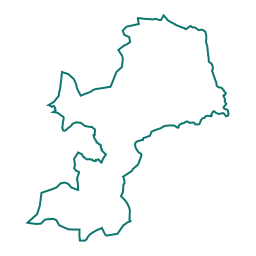 the district of Kafur, Katsina, Nigeria
{"feature_id": "59680162B10083289652159", "entity_name": "Kafur", "entity_type": "district", "adm_level": 2, "iso_a3": "NGA", "parent_name": "Nigeria", "parent_adm1": "Katsina", "projection": "orthographic", "projection_center": [7.693, 11.624], "detail": "fine", "context": "isolated", "style": "outline", "palette": "teal", "viewbox_px": 256, "rotation_deg": 0, "n_neighbors": 0, "source": "geoboundaries", "source_scale": "gbopen_adm2", "svg_char_len": 4409}
<svg xmlns="http://www.w3.org/2000/svg" viewBox="0 0 256 256"><path d="M130.5,221.2L129.5,220.0L129.5,219.4L129.9,210.4L129.7,209.5L129.0,207.2L127.8,204.5L126.8,202.8L126.3,202.1L124.6,199.8L121.0,196.2L123.0,191.9L123.3,185.0L124.6,183.0L124.3,181.1L124.4,180.1L124.1,179.5L123.7,178.3L123.1,176.7L131.8,171.0L132.9,169.0L138.1,164.5L140.8,157.5L140.8,157.3L141.5,154.8L140.7,153.5L139.0,152.7L138.0,151.5L137.2,150.3L136.0,148.4L135.3,146.6L135.1,144.0L135.1,143.5L136.0,142.2L137.8,141.1L139.9,140.7L141.3,140.0L142.9,140.0L143.2,138.2L146.1,137.2L150.0,135.7L151.5,131.7L154.3,130.4L160.3,128.4L164.4,126.0L170.3,125.3L172.4,125.6L173.8,125.4L175.2,126.1L176.1,126.7L176.9,127.5L178.4,127.6L178.7,126.9L178.6,126.0L179.1,125.1L180.7,124.1L182.5,123.2L183.8,123.1L185.2,122.2L186.4,121.6L186.9,121.4L187.9,121.7L189.6,122.9L193.4,122.5L194.5,123.1L194.8,124.0L195.2,124.2L195.4,124.4L196.9,124.4L198.8,124.3L199.5,123.9L200.0,122.7L200.5,121.5L200.8,120.6L201.3,119.6L202.7,118.3L204.5,117.8L204.9,117.4L205.5,116.5L206.5,115.9L207.4,115.8L208.7,115.9L209.9,116.1L211.3,116.2L211.7,115.7L211.2,115.0L211.3,114.3L211.9,113.6L212.2,113.0L212.7,112.2L213.1,111.6L213.6,111.2L213.9,111.3L214.5,111.5L214.9,112.0L215.7,112.6L217.4,113.5L218.7,113.9L220.4,113.7L222.3,113.2L223.5,113.2L224.2,114.0L225.3,115.2L226.0,116.2L227.9,115.8L228.5,114.1L227.8,110.1L224.0,108.5L223.5,107.2L225.9,104.5L226.3,103.8L225.8,103.3L224.7,101.6L225.1,99.6L224.3,97.7L223.4,95.8L223.8,95.1L224.7,95.0L225.5,94.2L225.8,93.1L225.0,92.3L224.3,91.4L223.7,90.4L221.8,88.0L221.0,87.7L219.1,87.4L218.2,87.0L216.9,86.1L216.6,85.5L216.4,82.8L215.7,81.2L213.6,75.2L212.8,72.9L212.0,70.6L212.7,69.5L212.9,67.3L212.0,64.3L208.8,61.6L208.7,58.7L208.1,54.2L207.2,45.6L206.0,42.3L206.3,37.9L206.2,34.9L205.1,31.4L202.2,29.7L200.2,29.9L199.0,30.2L198.4,30.1L196.2,28.3L195.6,28.0L195.0,27.6L193.5,27.3L192.4,27.3L191.3,26.7L190.6,26.0L190.0,26.3L188.7,27.2L187.2,28.4L185.4,29.2L184.7,28.3L183.1,27.8L176.0,25.0L174.8,24.2L168.3,20.7L163.6,15.4L161.0,20.0L159.9,20.1L157.0,19.3L155.3,18.7L153.2,19.5L150.2,19.2L142.9,18.7L138.0,18.0L137.9,18.4L137.8,18.8L138.8,24.0L126.5,26.7L122.7,30.7L123.3,32.2L124.3,34.8L126.3,35.8L129.2,37.0L130.1,42.0L126.9,44.3L123.7,45.8L118.4,49.9L119.3,51.5L122.2,55.9L122.8,58.7L121.9,67.0L116.5,71.9L110.6,86.7L99.9,88.5L96.2,89.0L93.5,89.8L90.2,92.0L85.2,93.9L80.8,95.6L78.9,92.3L76.8,87.8L76.3,84.6L73.9,79.2L68.5,74.2L62.0,72.0L61.4,77.8L60.1,88.9L59.1,92.6L59.0,93.4L58.9,95.6L53.8,102.0L48.6,105.1L49.5,105.3L50.3,105.8L51.2,106.4L52.0,106.9L53.8,105.9L55.1,107.8L55.0,108.0L55.0,108.4L55.0,108.8L54.9,108.9L54.9,109.2L55.1,109.4L55.7,110.0L55.2,110.7L54.8,111.1L53.1,112.1L56.9,112.6L57.7,112.9L59.0,113.8L60.2,114.8L63.4,116.9L63.7,118.3L62.9,122.4L62.8,123.6L62.6,125.2L62.6,125.8L62.5,126.8L62.4,127.1L62.1,127.6L63.2,130.5L65.1,130.7L66.3,129.6L68.5,127.8L70.3,126.5L71.6,125.3L72.3,124.1L73.2,123.5L76.3,122.3L78.4,122.6L80.6,122.8L82.1,123.7L83.9,125.3L85.7,126.2L87.7,126.5L90.2,127.0L92.0,126.9L93.0,128.0L94.9,129.4L95.1,130.7L94.9,132.2L94.6,132.8L94.6,133.9L94.9,134.7L94.6,134.9L93.9,134.9L93.5,135.1L93.9,136.3L94.1,137.3L94.7,139.0L95.2,139.6L95.7,140.2L96.2,141.1L96.5,141.7L96.6,142.5L97.8,142.9L98.4,143.6L99.0,144.3L99.8,144.4L100.4,144.7L100.7,145.6L101.0,145.7L100.7,146.6L100.8,147.7L101.6,148.6L102.0,148.9L101.5,150.1L105.0,153.7L106.0,154.4L104.1,157.1L103.7,157.6L103.3,158.5L102.8,159.5L102.1,160.8L101.7,162.3L101.3,162.6L100.0,161.3L98.9,159.9L98.1,159.3L96.8,160.0L96.3,160.1L95.9,160.0L95.8,160.4L95.7,161.1L94.4,161.0L93.1,160.7L92.3,159.6L91.1,159.7L89.8,159.0L88.5,159.3L87.1,159.4L86.3,158.9L84.8,158.1L84.4,157.4L83.0,156.6L82.3,154.9L81.8,154.1L79.3,153.1L78.2,152.5L74.1,158.7L75.0,165.4L74.1,168.0L75.9,170.6L77.8,171.4L78.9,172.0L79.0,172.2L79.0,172.7L77.0,178.6L77.9,184.0L78.1,189.9L77.3,189.7L71.3,187.5L70.3,186.2L68.1,183.8L66.2,183.0L64.3,182.6L60.7,183.3L56.7,187.3L52.8,189.0L41.5,192.8L39.9,205.4L37.1,214.1L27.5,222.7L29.5,223.1L36.9,224.0L41.3,223.5L42.2,222.4L44.7,219.8L46.9,219.3L49.8,219.1L53.6,218.9L56.0,220.0L56.9,221.0L57.8,222.8L59.2,225.3L62.8,226.9L68.4,229.3L71.9,229.5L79.5,229.5L79.4,235.6L79.9,240.6L84.9,240.6L86.7,239.1L87.9,236.8L89.8,234.6L92.2,232.8L97.3,229.9L101.0,228.5L101.8,227.9L105.2,234.6L106.5,235.6L117.5,233.8L123.3,225.4L127.2,222.6L127.4,222.5L127.8,222.3L130.5,221.2Z" fill="none" stroke="#0f766e" stroke-width="2"/></svg>